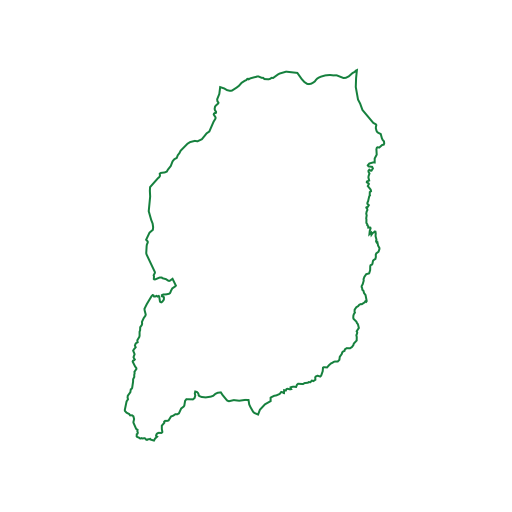 Laleia, Manatuto, East Timor, rotated 13°
{"feature_id": "22284137B53372282779403", "entity_name": "Laleia", "entity_type": "district", "adm_level": 2, "iso_a3": "TLS", "parent_name": "East Timor", "parent_adm1": "Manatuto", "projection": "natural_earth1", "projection_center": [126.125, -8.597], "detail": "fine", "context": "isolated", "style": "outline", "palette": "green", "viewbox_px": 512, "rotation_deg": 13, "n_neighbors": 0, "source": "geoboundaries", "source_scale": "gbopen_adm2", "svg_char_len": 6111}
<svg xmlns="http://www.w3.org/2000/svg" viewBox="0 0 512 512"><g transform="rotate(13 256 256)"><path d="M293.7,410.0L294.4,404.9L298.1,398.5L302.9,394.1L302.1,390.8L302.5,390.3L305.2,388.1L307.1,387.3L309.7,385.4L310.2,384.9L311.2,382.8L313.1,382.8L313.6,383.3L314.1,383.3L313.6,380.4L315.3,380.4L315.7,378.8L316.5,378.3L319.1,378.3L320.2,377.8L319.4,376.9L319.2,376.2L320.8,375.3L322.3,374.8L324.5,374.6L324.9,372.2L325.8,371.0L330.6,370.2L331.9,368.9L335.1,367.8L335.7,367.0L337.3,366.8L338.5,364.8L340.0,365.0L341.7,363.2L341.0,360.9L341.3,360.0L342.9,358.8L345.7,359.0L346.4,357.9L346.9,353.3L346.4,349.7L347.1,349.1L350.3,348.6L351.8,345.8L353.4,343.6L354.6,342.8L355.3,341.9L356.3,341.2L359.4,340.4L360.6,338.4L360.3,335.4L361.6,332.2L361.7,330.7L362.0,329.8L363.6,328.5L363.6,327.0L365.1,325.4L368.3,324.8L369.9,323.2L370.9,321.0L371.0,319.3L373.1,315.7L372.4,312.3L371.6,310.6L371.9,308.9L371.8,307.6L371.0,306.7L372.4,303.0L371.0,300.2L370.3,299.2L369.4,298.6L368.6,297.4L365.2,295.3L364.7,294.4L364.3,292.3L364.4,290.7L365.1,288.9L364.6,288.3L364.2,286.1L365.3,283.3L366.8,281.9L367.6,280.3L368.9,279.3L369.9,279.2L372.3,276.7L372.7,275.6L373.7,275.9L374.0,275.0L371.5,269.4L369.6,267.8L368.5,265.7L367.2,265.0L366.6,263.3L366.0,262.6L365.7,261.7L366.3,259.5L366.5,255.8L366.0,254.4L366.3,251.9L367.5,248.9L370.0,247.6L370.2,247.1L370.4,244.1L369.6,240.2L369.7,239.2L370.9,238.3L371.2,237.5L371.1,234.4L371.5,233.5L373.0,232.0L373.0,230.0L372.4,227.8L372.6,226.4L374.4,224.3L374.7,221.6L374.5,220.5L372.6,218.4L371.2,215.3L370.7,215.8L369.8,214.9L369.6,214.3L369.8,213.5L369.6,212.8L368.0,209.7L367.6,207.1L366.9,205.4L366.2,205.4L365.5,206.5L364.6,207.2L363.7,209.4L362.9,207.3L361.6,209.2L361.2,206.0L361.4,203.2L361.0,202.6L359.0,203.1L358.7,201.8L357.5,201.0L357.5,200.3L356.1,198.9L355.4,195.6L354.9,194.5L354.7,191.5L353.9,190.0L353.8,187.8L354.2,186.2L353.9,185.3L352.6,184.1L352.7,183.6L353.8,183.1L354.5,181.1L352.9,180.2L352.6,179.6L352.6,178.5L352.9,177.7L352.9,172.4L353.4,171.2L353.0,170.7L352.5,168.1L353.5,167.0L353.1,166.0L352.4,165.2L349.2,162.7L349.8,160.4L349.3,159.9L347.4,159.3L347.3,158.5L349.3,157.0L347.9,154.3L347.7,152.9L348.0,150.1L346.7,148.7L346.4,147.7L347.0,146.4L348.7,147.1L349.3,146.9L350.2,144.4L349.1,143.0L345.5,143.4L344.5,142.5L345.6,140.4L349.2,138.4L350.6,138.2L349.7,134.3L350.8,130.1L349.3,124.9L349.4,123.3L350.0,122.7L351.7,122.6L354.0,119.4L355.4,118.8L355.6,117.5L354.9,115.5L353.4,114.5L352.2,113.0L350.1,109.1L347.2,108.4L345.9,107.7L345.2,106.8L344.0,104.5L343.8,103.3L343.8,101.4L343.1,100.7L340.3,99.9L326.9,89.8L323.2,84.1L320.2,80.6L315.2,68.9L313.5,60.1L312.5,52.2L311.5,53.0L310.8,54.4L308.9,56.0L306.0,60.1L303.4,62.2L301.2,62.9L293.9,61.8L290.8,62.6L287.3,63.0L283.0,64.4L279.0,66.6L277.1,68.0L275.7,69.4L274.7,71.1L274.1,72.6L272.9,74.0L271.0,75.7L268.9,76.6L267.2,76.8L264.0,75.6L260.7,73.3L255.1,68.3L243.9,69.6L238.0,72.9L236.7,74.0L232.6,78.7L231.1,78.9L229.9,80.2L228.5,81.0L224.4,81.7L222.9,80.8L221.5,81.1L217.9,80.5L216.5,80.9L216.1,81.3L213.8,82.4L210.5,84.2L209.1,85.5L208.3,85.1L207.6,85.5L207.1,86.7L205.6,87.8L203.0,90.5L201.1,94.0L199.2,96.3L195.3,100.3L193.5,100.9L190.4,100.9L187.4,99.9L183.1,99.5L183.8,106.4L182.9,112.0L183.6,113.9L184.9,115.0L184.9,115.8L183.0,118.5L182.5,119.7L182.6,122.0L183.3,123.3L184.6,124.4L184.8,125.2L184.6,125.8L183.6,126.0L183.0,126.8L183.0,127.7L185.2,129.8L185.6,130.6L185.5,131.6L184.5,134.5L182.5,145.2L180.3,147.6L177.0,154.4L173.2,157.4L170.5,157.6L166.2,159.8L164.0,162.0L158.9,170.3L158.2,173.1L157.1,175.4L156.7,178.3L154.7,180.0L153.8,181.7L153.4,182.6L152.7,187.5L150.7,191.7L150.1,193.8L148.3,195.1L144.7,196.4L143.7,197.4L144.4,199.5L143.9,201.1L143.0,202.2L137.3,212.7L137.9,216.3L139.5,221.9L141.4,236.5L145.7,244.3L148.0,247.7L149.3,251.1L149.6,253.7L147.0,257.2L145.3,264.9L147.2,266.2L147.5,267.3L147.1,269.3L147.2,270.9L148.4,277.9L149.0,279.1L161.0,294.3L161.3,295.1L160.6,297.8L161.2,298.8L161.6,301.4L162.2,301.7L163.0,301.5L166.9,298.7L169.0,298.2L169.9,298.7L173.4,298.8L176.1,299.8L177.0,299.8L177.6,299.5L179.8,297.0L184.6,302.9L184.2,303.7L181.7,306.4L181.0,309.0L180.8,310.5L180.5,311.6L179.7,312.4L176.9,313.7L174.4,314.3L173.1,315.3L173.4,316.4L175.2,316.6L175.7,317.4L176.0,319.3L175.1,321.4L174.3,322.4L173.2,322.4L172.6,321.8L170.8,317.3L170.2,316.8L169.1,317.7L168.1,317.2L166.8,318.2L165.7,318.4L164.9,317.4L164.1,317.3L163.2,318.8L160.4,327.5L159.2,332.6L159.8,334.2L161.7,337.8L161.7,339.0L160.6,341.6L160.1,343.8L159.7,345.9L160.3,347.7L160.2,349.1L159.2,351.4L159.8,354.5L159.6,356.0L160.5,359.9L160.5,361.1L159.4,364.5L159.4,365.2L160.1,366.7L158.8,367.8L158.3,369.0L158.2,370.6L159.3,372.0L158.0,374.5L157.6,375.9L159.5,378.5L159.8,379.1L159.4,382.1L160.1,383.1L161.2,384.1L160.7,385.0L159.7,385.7L159.6,386.7L163.1,390.9L164.5,392.0L164.9,392.9L163.6,396.2L164.1,397.5L164.1,399.3L164.6,401.2L164.0,403.7L164.5,406.1L165.0,412.4L164.8,413.2L164.0,414.1L164.2,417.0L162.5,421.0L162.7,422.8L163.5,424.4L162.6,426.8L162.8,435.6L163.1,436.4L165.1,437.8L168.0,438.5L169.2,439.6L171.1,439.1L172.6,439.8L173.9,442.3L173.9,445.4L174.1,446.0L178.1,451.4L179.7,452.0L179.8,453.4L180.5,454.5L180.6,455.6L179.9,456.5L180.3,458.6L180.8,459.0L183.1,459.4L183.7,459.8L184.6,459.8L185.5,459.2L186.2,459.4L188.4,458.6L189.2,458.8L190.4,459.7L191.2,459.7L192.1,458.8L193.2,458.6L194.0,458.0L194.8,458.6L198.1,458.8L198.7,456.6L200.3,454.3L199.2,453.9L199.0,453.3L199.3,451.7L199.9,450.9L200.9,450.2L203.6,449.7L204.3,448.9L204.2,448.1L203.2,445.9L202.4,442.5L204.2,439.1L203.8,438.1L204.5,437.1L206.9,436.5L207.8,435.9L209.3,431.5L211.4,430.1L212.7,428.6L213.3,428.2L214.8,428.0L216.3,426.7L217.4,421.4L219.4,419.0L219.8,417.9L219.5,413.1L220.4,411.2L226.8,409.9L228.1,408.2L228.2,405.6L227.3,403.7L227.3,401.7L229.0,401.8L230.2,402.5L231.2,403.7L231.5,404.7L232.2,405.2L234.7,405.6L238.8,405.1L243.6,403.2L245.8,401.8L247.4,399.5L249.4,397.9L252.4,396.8L254.7,399.0L259.4,402.6L260.6,403.4L262.3,403.6L266.8,401.4L272.2,400.8L277.7,398.7L281.1,398.0L282.8,402.2L284.6,404.5L288.2,408.4L289.7,409.3L293.7,410.0Z" fill="none" stroke="#15803d" stroke-width="2"/></g></svg>